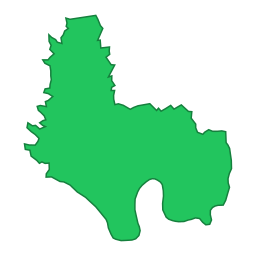 the district of Capitão Leônidas Marques, Paraná, Brazil
{"feature_id": "56859067B12365936446127", "entity_name": "Capitão Leônidas Marques", "entity_type": "district", "adm_level": 2, "iso_a3": "BRA", "parent_name": "Brazil", "parent_adm1": "Paraná", "projection": "natural_earth1", "projection_center": [-53.601, -25.458], "detail": "fine", "context": "isolated", "style": "filled", "palette": "green", "viewbox_px": 256, "rotation_deg": 0, "n_neighbors": 0, "source": "geoboundaries", "source_scale": "gbopen_adm2", "svg_char_len": 2257}
<svg xmlns="http://www.w3.org/2000/svg" viewBox="0 0 256 256"><path d="M191.8,111.7L188.4,111.4L181.3,104.9L174.0,109.1L170.7,105.4L165.5,108.7L161.1,111.2L158.5,108.2L156.6,110.5L149.8,103.7L138.0,105.8L133.8,107.4L130.2,109.3L123.3,105.3L118.4,103.8L114.9,104.6L113.7,99.2L113.6,95.4L114.6,90.5L111.1,90.5L111.7,87.3L114.9,85.5L111.7,80.7L111.8,75.9L108.4,77.0L114.7,65.0L111.1,64.7L106.0,57.2L109.7,54.3L109.2,51.1L109.5,47.0L100.8,48.0L100.2,40.1L97.6,40.4L102.8,28.4L100.4,25.6L97.8,19.2L95.8,15.4L70.0,19.3L65.9,18.1L67.0,23.1L66.2,26.4L68.3,28.4L64.7,31.0L63.3,34.8L61.0,37.8L61.9,43.5L57.3,42.2L55.6,39.6L51.6,37.4L48.9,34.8L49.1,41.4L51.1,45.3L49.8,49.4L54.1,53.8L50.2,57.2L48.0,59.9L42.8,59.9L44.9,63.3L50.0,65.8L50.8,70.9L50.8,75.9L51.3,79.7L50.1,84.5L49.8,88.1L45.1,88.9L43.8,92.6L48.3,93.6L52.8,96.5L48.2,100.5L45.4,101.6L46.4,106.6L40.3,105.5L37.2,106.4L38.4,110.4L40.6,112.2L44.2,115.8L45.8,119.8L43.0,120.6L39.7,122.8L42.7,125.4L45.4,126.6L39.7,129.0L35.6,125.4L32.4,125.8L27.9,122.8L27.0,127.7L31.3,131.7L35.2,134.5L39.0,138.4L37.9,141.4L35.2,145.1L29.2,145.0L24.5,143.9L25.3,149.4L29.9,150.2L31.1,156.1L36.8,160.4L39.4,163.3L41.9,161.9L45.1,163.4L49.1,163.1L49.3,169.5L46.3,173.8L46.1,177.1L51.5,176.9L60.0,181.5L63.8,181.9L70.0,185.0L77.3,192.0L85.7,197.4L89.7,201.2L95.8,206.8L106.1,219.4L107.5,222.8L108.4,228.0L111.1,234.3L113.2,238.0L115.7,239.2L121.1,240.6L125.6,240.4L132.0,240.0L135.7,238.8L138.9,235.5L140.1,230.7L139.3,226.7L137.9,223.3L136.0,214.9L134.9,209.8L134.9,204.3L135.1,199.0L137.6,192.0L139.5,188.4L142.1,185.3L146.3,181.7L149.5,179.5L152.3,178.7L154.9,178.9L157.5,180.1L160.5,182.1L162.3,184.7L163.3,190.7L163.5,196.1L162.6,203.5L162.8,209.9L166.2,217.2L168.7,219.2L172.5,220.6L175.5,221.3L178.8,221.7L184.0,221.5L188.3,220.0L191.3,219.4L195.4,217.9L199.6,218.5L202.7,222.3L205.8,224.8L209.7,224.3L211.5,220.0L210.3,214.7L210.4,210.3L212.5,207.5L215.2,206.0L218.0,205.3L223.2,205.1L225.7,200.3L227.9,192.6L229.5,187.3L228.2,183.0L228.0,178.7L229.3,173.6L231.5,168.6L231.3,160.4L229.6,148.5L227.9,145.0L226.1,142.6L225.7,131.7L221.8,130.9L217.3,131.3L212.6,131.3L208.7,129.7L204.7,132.2L202.8,134.3L197.5,132.3L195.7,127.8L195.7,124.1L191.2,118.2L191.8,111.7Z" fill="#22c55e" stroke="#15803d" stroke-width="1.5"/></svg>